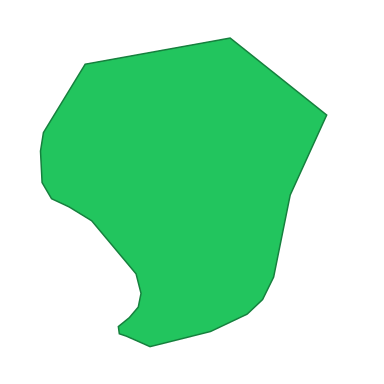 an SVG outline of Vitanje, rotated 170°
{"feature_id": "SVN-1002", "entity_name": "Vitanje", "entity_type": "Municipality", "adm_level": 1, "iso_a3": "SVN", "parent_name": "Slovenia", "parent_adm1": "", "projection": "albers", "projection_center": [15.317, 46.408], "detail": "fine", "context": "isolated", "style": "filled", "palette": "green", "viewbox_px": 384, "rotation_deg": 170, "n_neighbors": 0, "source": "natural_earth", "source_scale": "10m", "svg_char_len": 435}
<svg xmlns="http://www.w3.org/2000/svg" viewBox="0 0 384 384"><g transform="rotate(170 192 192)"><path d="M275.0,336.4L127.7,337.0L46.0,244.4L95.8,172.0L126.4,94.0L141.2,73.8L158.8,62.2L198.0,51.4L260.2,47.0L281.8,61.5L288.2,65.0L287.9,72.3L275.6,79.1L264.9,88.0L259.8,101.0L261.3,121.1L295.8,181.1L315.7,198.7L331.5,209.8L338.0,227.3L334.1,258.6L328.0,276.3L275.0,336.4Z" fill="#22c55e" stroke="#15803d" stroke-width="1.5"/></g></svg>